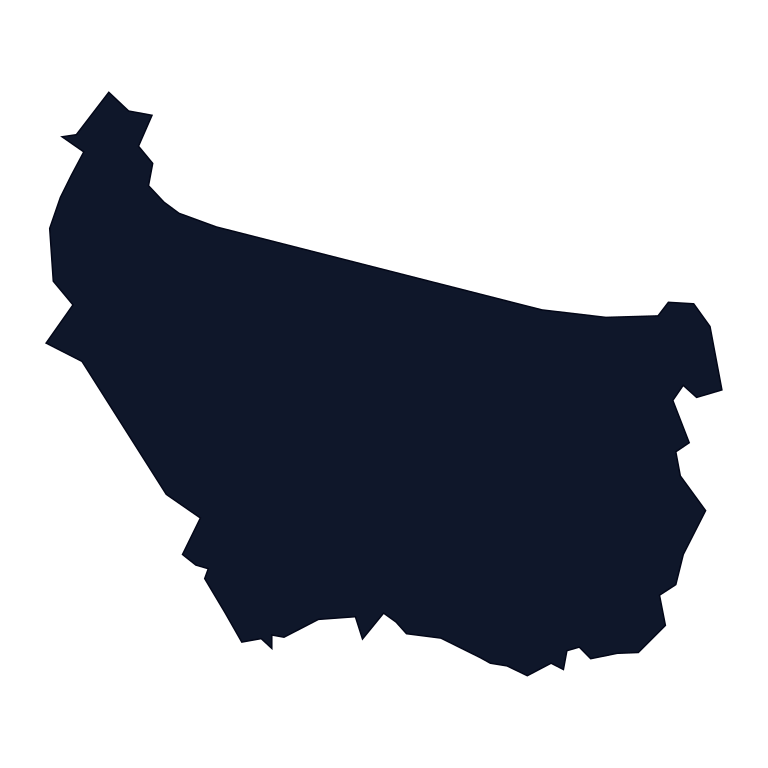 the district of Kato Pyrgos, Nicosia, Cyprus
{"feature_id": "46923920B71090435504191", "entity_name": "Kato Pyrgos", "entity_type": "district", "adm_level": 2, "iso_a3": "CYP", "parent_name": "Cyprus", "parent_adm1": "Nicosia", "projection": "natural_earth1", "projection_center": [32.685, 35.18], "detail": "fine", "context": "isolated", "style": "filled", "palette": "ink", "viewbox_px": 768, "rotation_deg": 0, "n_neighbors": 0, "source": "geoboundaries", "source_scale": "gbopen_adm2", "svg_char_len": 937}
<svg xmlns="http://www.w3.org/2000/svg" viewBox="0 0 768 768"><path d="M182.5,554.5L195.9,565.1L208.3,568.7L204.7,578.6L225.0,612.6L241.8,642.1L261.2,638.6L271.8,648.4L271.8,635.0L284.0,637.2L318.4,619.4L355.4,616.7L362.5,639.0L383.6,613.1L396.0,622.0L406.5,633.7L440.9,638.1L480.6,657.8L490.3,663.2L507.0,665.9L527.3,675.7L551.1,663.2L563.4,669.5L566.9,650.7L579.3,647.1L590.7,658.7L617.2,653.3L638.3,652.5L665.4,625.4L659.5,595.2L675.8,584.6L683.3,554.4L705.6,510.6L680.3,475.9L675.8,451.8L689.2,442.7L672.8,400.4L683.2,385.3L696.6,397.4L721.9,389.9L710.0,326.5L693.7,303.8L668.4,302.3L658.0,315.9L605.9,317.4L541.9,309.9L216.2,226.9L179.0,213.3L164.0,202.2L148.5,185.7L152.7,163.4L138.5,146.2L152.0,115.3L128.6,111.0L108.8,92.3L76.3,134.7L62.1,136.8L83.8,151.9L71.2,175.6L60.4,197.4L49.7,228.4L53.3,281.2L73.0,304.9L46.1,343.1L82.0,361.4L166.3,494.4L200.4,518.0L182.5,554.5Z" fill="#0f172a" stroke="#020617" stroke-width="1.5"/></svg>